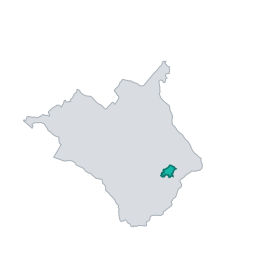 Bumba, Équateur, Democratic Republic of the Congo shown in context, rotated 131°
{"feature_id": "63176286B7674321742221", "entity_name": "Bumba", "entity_type": "district", "adm_level": 2, "iso_a3": "COD", "parent_name": "Democratic Republic of the Congo", "parent_adm1": "Équateur", "projection": "robinson", "projection_center": [22.644, 2.675], "detail": "fine", "context": "in_parent", "style": "filled", "palette": "teal", "viewbox_px": 256, "rotation_deg": 131, "n_neighbors": 0, "source": "geoboundaries", "source_scale": "gbopen_adm2", "svg_char_len": 6119}
<svg xmlns="http://www.w3.org/2000/svg" viewBox="0 0 256 256"><g transform="rotate(131 128 128)"><path d="M198.9,164.9L184.3,167.5L184.6,168.4L184.4,169.4L184.0,170.2L182.5,172.2L180.3,174.1L180.3,174.5L181.4,176.6L182.1,179.5L181.9,184.6L182.2,185.9L182.2,187.0L181.4,188.2L179.9,194.3L180.9,197.2L183.7,200.0L185.4,202.0L188.2,202.8L188.7,202.6L188.9,200.9L191.1,200.3L191.1,211.1L190.9,211.8L190.5,211.9L189.9,211.5L189.8,210.5L189.2,210.1L186.4,211.4L185.7,211.4L185.0,211.1L184.4,210.6L184.2,209.8L182.3,206.6L181.4,206.4L180.3,203.5L175.9,201.4L174.3,201.3L173.4,200.6L172.6,198.4L171.1,197.0L170.8,195.4L170.5,195.1L169.6,195.5L168.8,198.0L167.8,198.6L166.1,198.6L161.6,197.9L158.4,196.6L157.6,196.7L156.3,195.5L155.8,193.6L156.1,192.1L155.8,191.9L150.9,193.1L149.8,193.9L148.7,193.7L148.3,193.3L148.8,192.2L148.6,191.1L148.2,190.6L146.8,190.2L146.3,189.0L145.4,188.8L145.1,189.0L144.9,189.8L144.4,190.1L141.5,189.7L138.4,190.7L134.4,190.5L132.5,191.7L132.2,191.7L131.8,191.0L131.4,189.0L131.6,188.4L132.2,188.0L132.4,187.2L132.2,185.1L132.4,184.6L132.1,183.3L131.5,181.4L130.7,179.8L128.9,177.4L128.5,176.3L128.6,173.6L129.2,169.3L129.2,166.2L128.4,164.1L128.3,161.9L128.7,158.0L128.3,157.0L119.0,156.7L118.6,156.4L118.4,155.8L118.9,153.5L113.2,154.1L111.5,154.5L110.5,155.5L110.2,156.7L110.1,158.4L109.3,160.0L109.0,162.8L107.5,163.1L105.9,163.1L102.9,162.6L100.0,163.3L98.6,164.1L97.8,163.7L95.2,164.0L94.8,163.8L91.8,158.3L90.5,156.5L90.2,155.6L90.3,154.7L90.0,153.6L88.6,150.8L88.3,149.5L88.3,147.4L88.2,146.7L86.9,144.9L86.1,144.4L85.2,144.0L70.1,144.3L65.1,144.0L61.4,144.2L59.6,144.0L59.1,143.8L57.4,144.2L56.5,144.9L55.2,145.3L54.4,145.1L52.8,143.1L55.0,142.7L55.2,137.6L54.7,136.9L55.8,136.1L57.6,134.0L59.4,133.2L59.7,132.7L60.1,132.8L60.7,133.7L62.3,134.9L64.2,133.8L64.4,133.5L64.6,131.4L65.1,131.2L65.9,131.7L66.4,131.7L67.2,131.1L69.7,130.0L70.4,131.4L69.7,132.6L70.0,133.5L70.1,134.8L70.5,135.1L72.5,135.3L73.0,134.9L76.9,130.1L77.9,129.6L79.5,127.6L81.6,126.8L82.6,125.3L83.8,122.6L84.3,118.7L84.1,112.0L84.3,111.1L86.9,108.1L89.5,102.6L91.3,101.1L92.7,100.5L94.8,98.5L96.4,96.5L96.2,94.1L96.6,92.1L97.5,89.5L97.8,86.8L97.5,83.9L97.6,81.6L98.8,77.9L99.0,73.6L100.1,70.0L102.3,65.5L103.3,62.1L103.1,58.7L103.4,56.2L103.3,54.8L102.9,53.5L103.1,52.7L103.9,52.4L105.0,51.2L106.9,47.9L108.9,46.3L110.3,45.8L111.7,45.8L112.7,46.1L114.2,47.4L116.0,48.4L117.3,49.7L118.6,51.7L121.7,52.1L123.1,52.9L123.9,53.1L124.2,52.9L124.8,53.0L126.3,53.6L127.5,53.3L133.3,54.6L134.0,54.0L135.6,50.5L136.8,49.4L138.8,49.2L140.3,49.9L141.2,49.9L148.3,46.9L149.2,46.8L151.8,47.5L153.5,47.0L154.2,47.2L155.6,46.7L156.8,44.6L157.8,44.1L168.0,46.3L169.6,45.2L170.3,45.1L172.6,45.9L173.3,47.2L174.7,48.3L175.6,50.1L177.2,51.1L177.9,52.0L178.8,52.7L180.7,52.9L183.0,51.3L184.7,51.5L186.4,52.4L187.0,52.3L188.2,51.4L188.9,50.4L189.5,50.1L190.5,50.6L191.3,51.5L192.1,52.9L194.6,56.0L197.1,57.3L197.7,59.2L198.6,59.0L199.1,59.2L199.7,60.4L200.2,60.6L200.3,61.1L199.6,62.2L199.1,64.4L199.8,65.7L199.2,67.7L198.9,69.6L199.7,70.1L200.7,70.1L201.7,71.1L202.4,71.3L203.2,72.4L203.0,73.3L200.6,76.6L196.9,80.5L195.7,81.0L195.0,81.7L194.6,82.9L193.5,83.9L192.7,84.3L192.6,87.1L191.4,90.1L190.9,90.7L190.3,95.5L190.4,96.4L189.7,100.3L189.8,104.0L188.0,105.2L186.8,107.0L186.3,108.2L186.3,111.2L184.2,113.1L184.1,113.5L184.6,115.6L185.3,115.9L185.3,116.6L187.0,118.9L186.9,125.9L187.0,126.6L187.8,128.2L188.4,131.4L187.7,135.4L189.9,142.8L188.9,145.5L189.4,148.1L190.7,150.8L193.8,153.4L194.7,154.5L195.5,156.0L196.2,158.3L198.9,164.9Z" fill="#d9dde1" stroke="#a8b0b8" stroke-width="1"/><path d="M134.8,61.8L134.9,62.0L134.7,62.4L134.6,62.7L134.5,63.0L134.4,63.3L134.4,63.5L134.3,63.8L134.2,63.9L134.1,64.0L134.1,64.3L134.0,64.5L133.8,65.0L133.7,64.9L133.4,64.7L133.1,64.7L132.9,64.6L132.7,64.5L132.4,64.7L132.2,64.8L131.9,64.9L131.7,65.0L131.4,65.1L131.2,65.1L130.9,65.3L130.7,65.4L130.5,65.5L130.4,65.5L130.2,65.5L129.9,65.6L129.7,65.6L129.3,65.6L129.2,65.7L128.8,65.6L128.7,65.6L128.4,65.5L128.3,65.4L128.2,65.4L127.9,65.4L127.6,65.4L127.6,65.5L127.5,65.4L127.5,65.5L127.4,65.5L127.2,65.4L127.2,65.5L127.3,65.9L127.4,66.0L127.5,66.0L127.7,66.3L127.8,66.4L127.7,66.6L127.6,66.9L127.6,67.0L127.4,67.3L127.3,67.6L127.2,67.7L127.3,67.8L127.3,68.0L127.4,68.3L127.5,68.3L127.7,68.5L127.7,69.1L127.7,69.9L127.8,70.3L127.9,70.6L128.0,70.7L128.1,70.9L128.1,71.1L128.2,71.3L128.3,71.4L128.5,71.6L128.5,71.8L128.5,72.0L128.4,72.0L128.6,72.1L128.9,72.1L129.0,72.1L129.4,72.0L129.5,72.0L129.7,71.9L129.8,71.9L130.0,71.9L130.3,71.9L130.7,71.8L130.8,71.8L131.0,71.8L131.4,71.8L131.6,71.9L131.8,71.9L132.0,72.0L132.4,72.1L132.5,72.1L132.8,72.3L133.0,72.3L133.4,72.4L133.8,72.5L134.0,72.6L134.5,72.8L134.9,72.8L135.0,72.9L135.3,73.3L135.4,73.1L135.5,73.2L135.7,73.3L135.8,73.3L136.0,73.4L136.1,73.6L136.3,73.4L136.5,73.5L136.5,73.4L136.8,73.3L136.8,73.1L137.0,73.1L137.0,72.9L137.3,72.9L137.4,72.7L137.5,72.7L137.4,72.6L137.3,72.4L137.5,72.3L137.6,72.1L137.8,72.1L137.9,71.9L138.0,71.8L138.3,71.9L138.4,72.0L138.5,72.0L138.8,72.3L138.9,72.5L139.0,72.6L139.3,72.8L139.5,72.9L139.6,73.0L139.7,72.9L139.9,72.8L140.0,72.8L140.3,72.9L140.4,72.7L140.3,72.2L140.3,71.9L140.4,71.7L140.3,71.4L140.4,71.2L140.5,71.2L140.6,71.3L140.8,71.5L141.1,71.6L141.3,71.7L141.4,71.8L141.5,71.9L141.6,72.0L141.8,72.1L142.0,72.1L142.4,72.0L142.3,70.8L142.3,70.5L142.4,70.2L142.2,69.8L142.1,69.7L141.7,69.5L141.6,69.4L141.4,69.1L141.2,69.2L141.0,68.9L140.9,69.0L140.9,68.9L140.7,68.7L140.6,68.8L140.6,69.0L140.6,69.3L140.4,69.4L140.3,69.5L140.2,69.7L140.2,69.4L139.9,69.2L139.6,69.0L139.4,69.0L139.3,68.9L139.2,68.9L138.8,68.7L138.7,68.7L138.6,68.8L138.6,68.7L138.4,68.7L138.2,68.6L138.1,68.4L137.1,67.2L136.9,66.9L137.0,66.8L137.0,66.6L137.3,66.5L137.5,66.8L137.5,66.6L137.5,66.1L137.7,65.8L138.0,65.1L138.1,64.9L138.3,64.5L138.2,64.4L138.0,64.2L137.9,64.2L137.9,64.3L137.6,64.1L137.4,64.0L137.2,64.1L136.7,64.6L136.4,64.6L136.2,64.4L136.1,63.8L136.0,63.7L135.9,63.7L135.7,63.7L135.3,63.5L135.2,63.4L134.8,63.4L134.7,63.4L134.6,63.0L134.8,62.8L134.8,62.6L135.0,62.4L135.1,62.2L135.0,61.9L134.9,61.9L134.8,61.8Z" fill="#14b8a6" stroke="#0f766e" stroke-width="1.5"/></g></svg>